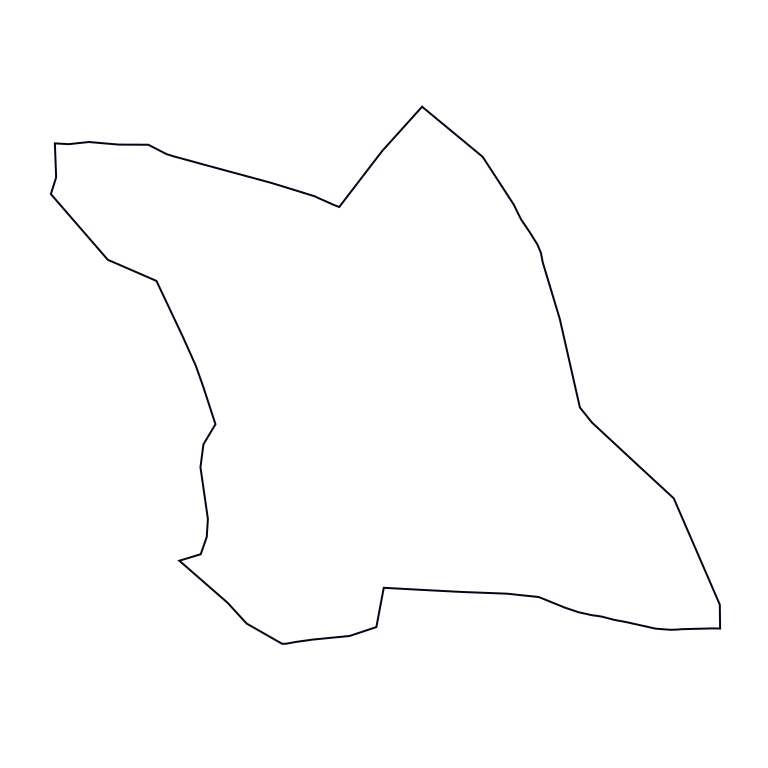 Zapotitlán Palmas, Oaxaca, Mexico (Mercator projection), rotated 175°
{"feature_id": "50627088B57501900146660", "entity_name": "Zapotitlán Palmas", "entity_type": "district", "adm_level": 2, "iso_a3": "MEX", "parent_name": "Mexico", "parent_adm1": "Oaxaca", "projection": "mercator", "projection_center": [-97.834, 17.881], "detail": "fine", "context": "isolated", "style": "outline", "palette": "ink", "viewbox_px": 768, "rotation_deg": 175, "n_neighbors": 0, "source": "geoboundaries", "source_scale": "gbopen_adm2", "svg_char_len": 1099}
<svg xmlns="http://www.w3.org/2000/svg" viewBox="0 0 768 768"><g transform="rotate(175 384 384)"><path d="M494.7,134.7L477.2,135.6L440.2,136.0L412.8,142.5L402.0,181.0L362.8,175.4L325.0,170.1L279.8,164.4L248.5,158.3L225.1,146.4L224.1,145.8L210.4,139.8L196.5,135.4L192.6,134.6L187.1,133.2L175.3,129.0L163.8,125.8L134.7,116.6L120.2,114.2L113.6,113.8L108.7,113.8L78.0,111.9L70.5,111.1L68.7,134.9L105.3,244.8L138.1,280.9L180.2,327.5L190.9,343.5L203.2,433.4L215.3,491.5L216.2,500.7L218.9,509.3L224.9,521.2L233.1,536.0L235.8,542.8L239.1,551.4L265.9,601.7L307.2,642.4L321.9,656.9L365.6,616.2L413.2,564.2L418.6,566.9L434.0,575.4L436.4,576.9L472.9,591.8L479.1,594.3L482.4,595.5L522.7,610.3L545.3,618.6L552.5,621.3L573.4,629.0L580.5,631.9L598.0,642.9L627.3,645.6L657.1,650.8L677.1,650.4L679.9,650.8L690.9,652.4L692.6,618.4L699.3,602.2L648.3,531.8L601.7,506.5L580.4,448.9L569.9,418.6L564.3,397.0L555.4,358.6L569.1,339.7L574.1,317.1L571.2,264.9L573.9,247.1L581.4,230.4L603.3,225.8L558.9,179.7L541.7,157.3L508.2,134.1L506.1,133.9L503.8,133.8L494.7,134.7Z" fill="none" stroke="#020617" stroke-width="2"/></g></svg>